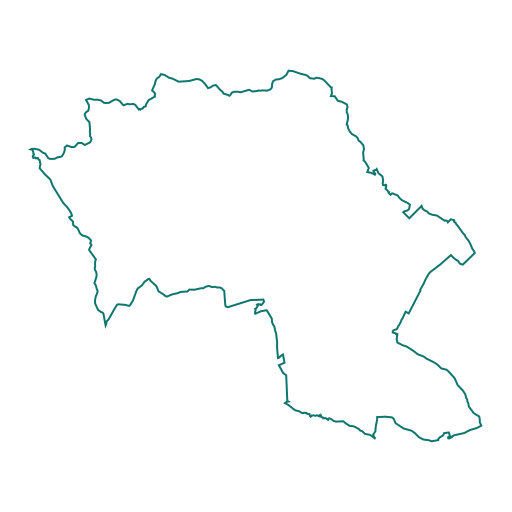 outline of Matasari, Gorj, Romania
{"feature_id": "2599482B45597457820399", "entity_name": "Matasari", "entity_type": "district", "adm_level": 2, "iso_a3": "ROU", "parent_name": "Romania", "parent_adm1": "Gorj", "projection": "mercator", "projection_center": [23.06, 44.852], "detail": "fine", "context": "isolated", "style": "outline", "palette": "teal", "viewbox_px": 512, "rotation_deg": 0, "n_neighbors": 0, "source": "geoboundaries", "source_scale": "gbopen_adm2", "svg_char_len": 5955}
<svg xmlns="http://www.w3.org/2000/svg" viewBox="0 0 512 512"><path d="M481.3,425.7L479.8,422.3L479.7,418.7L479.2,416.5L473.7,413.1L469.3,407.3L468.7,406.1L468.4,403.7L467.3,401.2L467.2,399.6L466.2,397.9L465.3,394.3L462.9,390.6L457.7,385.1L454.5,378.0L448.1,371.0L446.5,369.7L441.2,368.4L438.0,365.1L434.8,362.8L426.3,358.5L423.8,356.6L417.6,354.2L414.0,351.3L406.6,346.5L403.0,345.4L397.3,342.5L397.1,340.7L396.6,339.4L397.4,334.1L396.9,333.8L396.2,334.3L395.4,333.2L393.1,332.7L392.6,332.0L393.4,330.3L396.6,329.2L397.3,328.4L398.2,326.1L398.9,325.4L401.1,321.3L401.5,319.8L402.8,317.8L405.6,311.7L408.7,313.4L420.5,290.5L420.3,289.6L423.7,283.6L425.7,279.1L428.8,273.8L430.2,272.1L440.0,264.7L450.9,255.1L453.4,257.7L456.8,260.4L457.3,260.3L458.4,261.1L458.7,262.2L460.3,263.9L462.8,264.6L474.8,253.0L474.1,251.3L472.3,248.7L470.4,244.1L468.4,240.5L465.4,236.7L464.9,235.1L462.9,233.1L458.4,226.7L455.9,223.7L455.8,223.0L454.3,222.0L454.0,221.5L454.3,220.7L454.1,220.2L450.9,219.3L447.9,222.3L447.4,221.2L445.7,220.4L444.6,220.7L436.9,215.5L432.4,214.8L428.7,213.4L427.2,211.6L424.5,210.3L422.6,208.7L421.6,205.9L409.3,218.3L403.2,212.2L404.5,211.2L406.9,210.7L408.6,209.6L409.2,208.5L409.9,204.7L408.0,203.2L401.8,200.1L399.1,197.6L397.8,195.5L392.2,193.3L390.5,194.8L388.9,193.2L388.6,192.8L388.9,192.2L388.4,192.1L387.8,190.9L385.5,188.7L386.1,187.1L386.2,185.1L385.5,184.7L384.5,185.4L383.1,185.1L382.7,183.7L383.1,180.2L382.4,176.4L378.4,173.1L376.7,169.1L376.0,170.0L375.0,170.0L373.4,171.0L375.1,173.5L375.3,174.3L375.0,174.7L371.1,172.8L367.3,172.1L368.8,168.0L365.3,162.0L363.5,160.3L363.7,158.7L363.1,152.7L364.0,149.1L363.3,145.2L360.3,141.7L358.6,140.6L357.5,137.8L355.8,136.2L351.8,134.0L349.8,131.5L348.2,128.3L347.5,125.2L346.7,124.7L347.9,119.3L348.1,117.2L347.8,114.7L346.7,112.2L346.8,108.9L347.6,107.3L346.9,104.5L341.9,101.8L337.8,100.8L334.8,96.3L330.9,96.1L332.0,93.1L331.5,88.9L331.7,87.5L330.8,87.3L324.5,80.6L322.4,79.0L318.1,77.9L316.2,77.8L314.4,78.7L309.9,78.2L307.5,75.8L305.8,75.0L299.7,73.5L292.9,71.1L288.5,70.7L286.5,74.7L282.3,78.1L278.7,79.3L276.0,79.5L273.1,81.2L272.2,83.5L271.8,87.6L271.0,88.8L269.9,89.6L267.1,90.6L261.7,90.4L260.7,90.8L258.8,90.4L257.3,91.0L252.4,91.5L249.1,89.8L240.4,92.3L238.0,91.7L233.9,91.8L231.9,92.6L230.1,95.3L229.4,95.8L227.6,94.8L223.5,93.6L222.5,91.8L220.0,89.7L215.9,85.0L213.1,85.6L210.2,87.5L208.0,88.1L205.3,84.2L203.2,82.0L202.0,80.8L199.4,79.4L196.5,79.0L189.2,81.0L178.7,81.7L172.7,78.7L169.1,77.8L165.1,75.2L161.0,74.1L159.1,77.1L157.9,77.6L156.5,79.0L155.4,81.5L154.9,84.1L152.2,90.1L152.2,90.6L153.9,92.0L155.2,93.9L154.7,95.1L154.9,96.6L148.5,100.2L145.8,105.0L145.9,106.0L145.2,106.6L143.7,106.9L142.7,108.5L140.4,109.0L140.2,109.6L139.1,109.0L138.7,109.4L135.5,105.1L133.7,104.0L129.4,104.3L127.6,103.8L123.4,105.3L119.7,101.0L116.4,99.4L114.1,99.8L109.1,102.8L105.5,103.0L104.0,102.8L101.0,100.5L97.8,99.7L94.7,99.8L89.0,98.6L86.0,100.0L88.8,104.9L89.0,107.5L88.3,110.7L86.3,112.0L84.8,113.9L84.7,114.8L86.3,118.9L89.4,122.1L90.1,129.6L89.8,131.9L90.2,133.8L90.0,136.1L91.1,137.7L91.5,139.4L90.2,142.3L84.7,145.0L81.8,143.0L78.2,142.9L74.8,146.7L73.8,147.1L71.3,147.0L67.0,145.5L64.7,147.4L64.8,149.9L63.9,152.9L62.0,156.2L60.5,156.9L58.1,157.1L54.7,158.8L50.2,158.9L48.4,158.3L45.3,153.6L42.9,152.7L39.0,149.7L34.3,148.8L31.7,148.9L30.7,149.4L32.6,149.9L33.3,152.0L33.4,153.7L34.0,154.4L32.7,156.3L33.3,157.9L34.9,157.4L35.7,158.4L37.8,158.0L38.6,159.6L39.6,160.0L40.5,164.8L40.0,165.7L39.7,168.3L45.0,174.4L50.3,179.5L52.9,186.2L63.2,202.9L67.4,207.4L71.1,212.9L72.0,215.8L69.2,217.2L70.4,219.1L73.0,221.6L73.2,225.0L75.1,226.7L76.4,227.0L77.9,228.8L79.7,232.9L81.1,234.5L83.0,235.7L85.0,236.0L88.3,237.6L91.1,240.4L90.2,243.2L91.5,244.9L89.2,249.2L89.2,250.1L95.9,259.4L95.3,260.8L95.0,263.6L95.2,266.2L94.7,268.3L95.0,269.8L96.2,272.1L96.6,274.4L96.5,276.7L94.4,283.0L95.9,285.7L96.9,289.4L97.5,290.5L97.6,291.5L97.1,293.4L95.7,296.6L95.0,300.7L95.1,303.4L98.1,310.0L100.8,311.9L102.6,312.6L103.4,313.5L105.6,325.5L106.2,324.1L106.6,321.5L108.6,319.4L114.4,309.0L116.9,305.0L117.9,304.3L124.9,304.8L129.0,305.9L130.0,305.3L133.0,300.4L136.5,290.7L137.8,288.4L141.8,285.5L144.5,281.8L148.2,279.1L149.4,278.8L150.4,280.7L156.0,285.7L156.9,287.2L158.5,291.3L164.2,294.9L164.8,295.7L166.9,296.6L172.2,294.4L177.8,293.1L180.8,291.9L187.4,291.5L189.3,289.6L194.7,289.7L201.3,288.2L203.3,288.3L205.7,286.7L208.8,285.9L212.1,287.1L214.9,286.8L217.2,287.5L219.6,287.4L222.2,288.6L222.8,289.7L224.2,290.7L225.3,305.3L225.9,306.4L227.9,307.2L250.4,300.1L263.4,299.6L264.0,301.8L261.6,304.9L260.8,305.0L260.2,304.3L258.9,304.6L258.4,304.1L257.0,304.6L257.7,306.0L256.0,308.6L255.2,308.9L255.6,310.5L255.1,311.6L255.0,313.5L255.2,313.8L261.1,311.2L266.7,310.2L271.8,318.6L272.0,322.2L273.3,325.1L274.2,326.1L275.3,331.0L276.1,333.3L277.1,342.5L277.1,348.1L278.0,358.1L278.9,357.8L280.5,356.1L283.0,354.5L284.5,362.7L278.9,365.3L283.1,372.9L286.2,375.3L287.3,400.9L288.3,401.5L286.8,401.8L285.0,403.1L288.4,405.0L295.0,410.2L299.4,411.4L302.0,413.1L305.0,412.7L305.9,413.3L306.5,413.0L307.6,413.9L309.5,414.1L309.9,415.8L310.7,416.7L311.9,415.5L313.8,415.4L315.5,415.8L317.0,415.3L318.8,416.1L318.8,415.6L320.3,414.9L320.3,415.4L320.9,415.6L320.6,416.6L322.9,417.5L323.2,418.3L325.7,418.1L328.0,419.8L328.3,418.8L329.2,418.3L331.1,419.0L333.5,420.9L336.0,421.6L343.4,421.3L345.6,423.3L349.8,425.9L352.7,426.1L354.9,426.8L359.0,429.2L360.2,430.6L362.1,431.1L365.0,433.9L370.2,434.9L374.7,438.3L374.9,437.9L374.0,437.0L373.3,434.5L375.4,431.2L375.7,426.9L377.2,419.2L377.1,417.1L385.3,416.7L392.0,417.4L393.7,418.8L395.5,423.1L403.6,428.5L411.3,430.6L415.0,433.2L418.8,437.1L423.3,439.5L428.8,440.2L431.6,441.3L438.2,440.1L438.2,439.3L439.6,437.5L443.0,435.5L444.1,433.1L448.8,432.5L449.9,435.9L449.7,436.4L448.1,437.2L448.3,438.3L449.0,438.5L451.7,437.2L451.5,436.8L454.4,435.2L464.4,433.0L470.0,430.0L476.9,428.0L481.3,425.7Z" fill="none" stroke="#0f766e" stroke-width="2"/></svg>